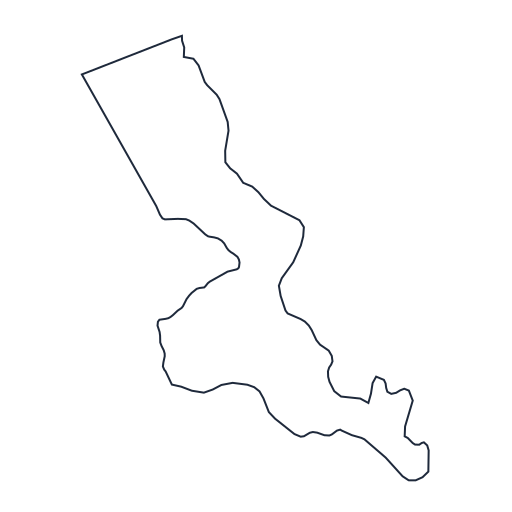 an SVG outline of Chitipa, rotated 183°
{"feature_id": "MWI-1873", "entity_name": "Chitipa", "entity_type": "District", "adm_level": 1, "iso_a3": "MWI", "parent_name": "Malawi", "parent_adm1": "", "projection": "albers", "projection_center": [33.389, -9.977], "detail": "fine", "context": "isolated", "style": "outline", "palette": "slate", "viewbox_px": 512, "rotation_deg": 183, "n_neighbors": 0, "source": "natural_earth", "source_scale": "10m", "svg_char_len": 2107}
<svg xmlns="http://www.w3.org/2000/svg" viewBox="0 0 512 512"><g transform="rotate(183 256 256)"><path d="M78.6,78.7L75.1,75.8L73.4,70.9L72.6,49.7L78.1,43.8L84.9,40.3L91.8,40.0L98.1,43.7L116.0,61.5L138.1,78.6L141.3,79.9L150.9,82.1L161.4,86.2L162.8,87.0L166.0,85.9L170.9,81.8L173.3,80.6L178.3,80.6L185.7,82.8L190.0,83.2L193.0,82.3L198.7,78.5L201.9,77.9L208.3,80.2L228.4,94.5L235.0,100.8L241.1,114.2L245.4,121.0L250.9,124.9L257.9,127.0L272.7,128.1L283.8,125.4L292.2,120.4L300.9,116.8L313.0,118.1L323.9,121.6L333.3,123.2L340.2,136.0L341.7,137.7L343.2,140.8L342.9,144.9L341.9,151.1L342.1,153.8L343.2,157.0L345.6,161.2L347.1,164.6L347.6,171.4L348.3,175.1L350.7,181.3L350.5,185.2L349.1,187.3L343.0,188.5L340.3,189.3L338.2,190.6L335.9,192.6L331.4,197.3L327.6,200.2L326.3,202.0L323.1,209.3L320.7,212.9L318.3,215.8L313.5,220.1L310.7,221.1L306.1,221.9L304.9,223.2L302.7,226.3L300.8,228.0L283.6,238.9L274.5,241.7L273.0,242.8L272.4,244.1L272.1,248.6L272.9,251.6L274.5,254.2L278.8,257.2L281.4,258.6L283.8,260.4L285.6,262.5L288.4,266.9L291.1,269.5L295.0,271.6L298.8,272.4L303.6,272.9L305.0,273.2L307.9,275.0L320.0,285.2L324.5,287.9L327.9,289.1L336.0,289.0L348.9,287.8L351.4,288.7L354.1,292.3L358.2,300.6L439.4,428.2L351.6,467.9L341.5,472.0L341.4,470.6L341.1,467.1L338.6,460.5L338.5,451.0L328.8,449.7L323.3,443.3L316.3,427.1L313.6,423.9L303.7,415.0L300.7,410.8L291.3,388.4L290.0,379.7L292.3,359.5L291.5,348.0L286.4,342.2L279.3,337.2L272.6,328.4L263.4,325.1L256.9,319.8L251.1,313.4L243.6,307.0L214.5,294.0L209.7,287.3L209.9,278.0L211.8,268.8L218.5,251.7L229.1,235.2L231.6,227.5L229.3,217.4L223.7,203.1L221.4,200.3L208.2,195.4L203.8,193.1L199.6,189.3L196.5,184.9L191.3,175.1L187.4,170.8L178.4,165.3L175.1,160.2L174.1,154.8L175.3,151.4L177.1,148.5L178.1,144.6L177.6,139.1L176.0,134.2L170.8,125.1L163.7,120.1L144.4,119.1L136.1,115.1L134.0,124.5L132.9,135.2L129.7,141.8L121.8,139.0L119.9,135.5L119.1,131.1L117.7,127.3L113.7,125.4L108.9,126.7L105.0,129.4L101.0,131.2L96.3,129.6L91.9,119.8L98.2,93.6L98.1,83.7L94.9,82.2L89.7,77.4L87.3,76.0L83.1,76.1L80.8,77.9L78.6,78.7Z" fill="none" stroke="#1e293b" stroke-width="2"/></g></svg>